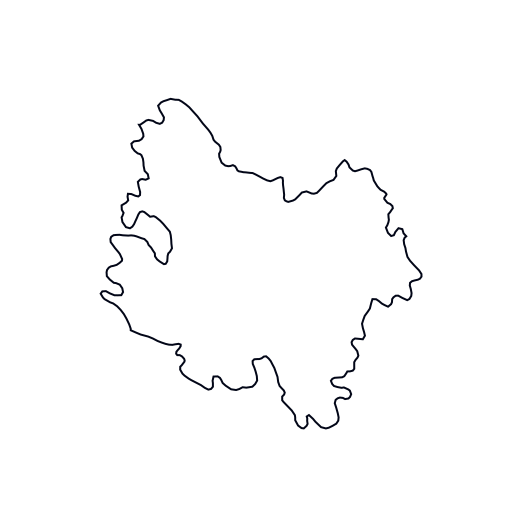 the district of Smalyavichy, Minsk, Belarus, rotated 226°
{"feature_id": "67162791B46914171064537", "entity_name": "Smalyavichy", "entity_type": "district", "adm_level": 2, "iso_a3": "BLR", "parent_name": "Belarus", "parent_adm1": "Minsk", "projection": "equal_earth", "projection_center": [28.153, 53.988], "detail": "fine", "context": "isolated", "style": "outline", "palette": "ink", "viewbox_px": 512, "rotation_deg": 226, "n_neighbors": 0, "source": "geoboundaries", "source_scale": "gbopen_adm2", "svg_char_len": 5624}
<svg xmlns="http://www.w3.org/2000/svg" viewBox="0 0 512 512"><g transform="rotate(226 256 256)"><path d="M289.6,114.3L284.0,116.6L279.6,118.5L272.9,122.5L268.3,124.5L263.2,126.2L259.3,128.0L255.6,129.9L252.7,131.8L250.2,134.1L248.7,136.4L246.6,139.3L244.6,140.3L243.5,139.2L242.8,136.5L242.7,134.4L242.4,132.2L241.2,130.7L239.4,130.5L237.6,132.3L235.2,133.0L232.0,132.9L230.4,132.1L229.7,131.1L229.0,126.5L229.0,124.6L226.9,122.5L222.5,121.4L219.6,121.5L214.6,122.4L211.7,123.2L206.4,125.0L201.4,126.7L196.7,127.6L193.0,128.9L191.6,131.3L191.9,134.2L194.5,136.7L196.4,138.1L198.8,141.7L196.0,144.8L193.4,145.4L191.0,144.9L187.8,143.8L183.8,144.1L177.4,145.5L173.4,148.6L171.9,151.6L170.9,155.2L168.0,157.6L166.3,160.0L164.5,162.6L164.5,166.5L165.6,170.3L169.1,173.2L173.0,175.4L176.7,177.2L180.6,178.7L182.8,180.6L182.9,183.0L181.6,184.6L179.5,186.9L178.5,189.0L178.2,191.8L176.8,193.6L173.4,193.9L170.2,193.6L166.9,192.6L162.7,191.4L159.0,189.7L154.1,187.5L149.9,184.4L146.1,182.7L143.0,182.6L140.0,182.6L137.8,181.8L136.8,180.0L136.7,177.2L134.0,174.6L131.8,174.4L127.8,174.4L122.8,174.4L120.0,174.4L114.5,173.4L112.7,172.1L110.6,170.1L104.8,168.5L100.6,169.2L98.8,170.6L98.7,174.4L99.4,176.5L101.9,178.3L103.5,180.0L105.3,181.0L104.8,183.6L99.1,183.9L95.6,183.6L87.7,183.9L83.4,186.5L81.9,189.1L80.6,193.2L79.8,196.6L79.6,197.2L80.4,200.8L82.5,203.3L86.1,205.6L91.1,208.3L95.4,210.4L97.2,213.4L96.9,215.9L95.9,218.0L93.6,219.9L91.2,220.7L89.3,223.5L89.3,225.7L90.5,228.5L94.0,230.0L95.9,229.7L100.4,227.9L101.7,226.0L105.1,223.6L108.3,221.8L111.0,221.9L114.2,223.2L114.6,225.6L113.8,227.9L111.7,230.4L108.9,233.7L108.2,236.0L108.9,239.3L109.5,241.5L107.7,243.5L106.3,246.0L106.6,248.3L108.9,250.5L111.4,252.9L112.1,255.3L112.4,258.4L113.2,260.4L117.2,262.7L120.3,263.1L123.3,263.3L125.5,263.5L127.6,264.9L128.4,267.3L127.9,269.9L125.0,272.4L121.9,275.0L123.0,279.0L126.2,280.9L129.9,282.8L133.6,285.2L135.5,288.7L137.4,292.6L138.3,297.8L139.1,301.4L142.1,306.2L144.1,309.8L141.4,312.4L138.2,313.1L134.3,313.5L131.4,314.4L127.8,315.8L127.5,319.7L128.3,321.7L130.4,324.0L130.8,326.2L130.4,328.9L128.6,330.8L124.3,332.1L119.2,334.1L118.5,336.5L119.4,339.9L121.2,342.1L124.7,344.4L127.9,346.1L129.7,348.2L129.5,350.7L128.3,353.0L126.5,356.0L125.8,358.1L126.2,360.7L128.1,362.5L132.4,363.3L139.8,363.3L145.6,363.5L150.1,364.3L155.0,367.0L157.9,369.0L161.6,370.8L164.8,373.2L165.9,375.6L165.8,377.8L169.8,377.9L171.5,378.8L173.7,379.9L177.0,377.8L176.5,373.0L175.2,369.6L176.5,367.1L181.0,367.0L186.2,369.2L186.9,371.8L188.3,374.7L189.7,376.7L191.6,378.1L194.1,380.2L194.4,383.1L195.0,385.8L195.3,387.6L197.2,388.8L200.1,388.7L203.0,387.5L207.9,387.9L208.7,388.6L209.2,390.7L209.6,392.6L210.4,393.0L213.2,392.9L215.6,392.1L217.1,391.6L219.6,391.6L221.9,391.7L228.5,393.2L230.8,394.5L232.5,395.3L236.3,397.4L238.6,397.7L241.4,396.6L243.5,395.1L245.2,392.1L247.0,388.3L248.2,386.1L250.2,385.0L254.8,384.8L257.5,386.1L260.9,386.7L263.4,386.4L263.7,384.3L263.3,379.2L262.8,374.9L261.6,372.4L257.8,369.4L256.9,364.6L258.4,361.1L259.5,357.2L259.4,352.9L259.1,346.5L259.1,343.6L260.6,340.9L262.4,339.4L265.2,338.2L267.4,337.2L269.8,333.1L269.6,329.8L269.5,323.5L270.2,321.1L272.5,316.8L274.2,315.9L276.0,315.4L278.4,316.4L280.5,318.8L282.7,320.5L285.1,322.4L288.2,324.7L290.2,326.4L291.3,327.6L293.7,329.3L295.8,328.3L297.0,325.9L297.8,323.5L298.7,320.7L299.8,318.3L302.7,316.5L306.9,314.9L309.9,314.0L314.8,312.4L318.0,311.2L319.9,309.5L323.2,306.8L325.2,305.0L326.6,304.1L328.8,302.5L330.5,302.1L332.5,302.8L335.0,303.3L337.4,302.5L338.6,300.0L339.9,298.4L342.4,296.7L347.0,296.1L352.7,298.4L355.2,300.5L355.9,302.7L356.8,304.2L359.2,306.1L361.9,306.6L364.1,306.3L366.7,306.0L369.1,306.2L372.8,308.0L376.4,308.9L380.2,309.4L388.2,309.8L397.1,310.9L403.7,311.1L409.4,311.3L413.9,310.8L418.7,309.9L422.0,308.9L424.6,306.4L428.4,303.7L429.9,300.4L431.6,297.0L432.4,294.3L432.1,290.0L427.6,288.0L424.4,287.3L419.7,286.1L417.9,284.0L417.1,281.1L417.9,278.6L421.2,276.7L424.7,275.8L428.6,273.2L429.7,271.2L430.1,268.3L430.9,263.7L431.6,263.0L427.0,261.9L422.3,259.8L420.2,258.1L419.5,254.9L420.2,251.9L422.0,249.5L423.2,247.9L423.4,244.4L420.0,242.2L415.9,241.7L412.0,242.2L409.8,243.4L408.1,243.6L404.5,242.2L401.6,240.1L399.1,237.9L394.6,235.0L390.0,235.0L386.4,232.7L387.5,229.6L390.4,227.6L391.4,226.0L391.4,222.5L387.4,219.8L382.5,217.1L380.4,214.9L380.6,212.7L383.2,211.0L387.1,209.4L389.7,207.1L387.9,204.8L384.8,202.7L384.6,199.6L385.4,196.2L385.8,194.5L382.5,191.6L379.0,190.7L377.5,187.5L377.2,186.2L373.2,183.5L367.1,182.5L363.5,184.6L363.0,187.4L363.6,190.4L364.9,193.6L366.0,196.5L367.6,200.2L368.2,203.0L367.1,205.2L365.2,206.2L360.6,206.8L357.8,207.1L355.7,210.1L353.7,210.9L348.0,211.6L343.5,211.6L338.0,211.2L333.3,210.9L330.2,209.1L326.6,206.3L323.5,203.6L319.9,200.9L318.8,197.1L318.8,194.7L317.4,192.4L315.9,190.8L313.8,188.4L313.1,185.6L314.1,184.1L319.1,182.9L322.3,182.5L325.9,183.1L328.2,185.1L331.2,185.6L335.0,186.4L338.5,186.4L341.6,187.6L345.7,187.5L348.3,186.0L353.1,183.7L355.3,182.4L357.6,180.5L359.4,178.3L363.4,174.6L366.1,172.5L368.4,169.9L369.9,168.0L370.4,165.2L369.4,163.1L366.9,161.1L363.8,160.7L359.7,160.1L354.1,159.7L351.9,159.4L346.8,157.6L345.7,156.3L345.8,153.1L346.4,149.6L347.9,146.7L349.3,144.5L349.9,142.0L349.4,139.1L348.1,137.2L345.1,134.7L340.7,134.5L335.5,135.1L333.7,136.5L330.0,138.1L325.7,137.4L322.4,135.3L321.4,131.9L324.0,129.0L326.1,126.9L330.7,124.9L335.0,123.6L337.3,120.9L336.8,118.1L332.5,117.1L330.2,117.1L324.0,118.9L321.1,120.3L316.3,121.2L311.3,121.2L306.0,120.6L300.9,119.3L294.9,117.3L290.8,115.4L289.6,114.3Z" fill="none" stroke="#020617" stroke-width="2"/></g></svg>